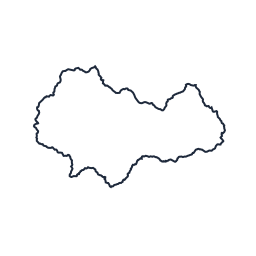 San Miguel, Cajamarca, Peru (Mercator projection), rotated 29°
{"feature_id": "86281439B14604088738254", "entity_name": "San Miguel", "entity_type": "district", "adm_level": 2, "iso_a3": "PER", "parent_name": "Peru", "parent_adm1": "Cajamarca", "projection": "mercator", "projection_center": [-78.987, -6.973], "detail": "fine", "context": "isolated", "style": "outline", "palette": "slate", "viewbox_px": 256, "rotation_deg": 29, "n_neighbors": 0, "source": "geoboundaries", "source_scale": "gbopen_adm2", "svg_char_len": 5793}
<svg xmlns="http://www.w3.org/2000/svg" viewBox="0 0 256 256"><g transform="rotate(29 128 128)"><path d="M58.1,184.7L58.6,184.2L60.0,184.2L61.2,183.5L62.5,184.3L62.9,184.3L65.5,183.6L66.1,184.0L67.8,184.0L70.0,182.9L70.6,182.4L70.8,181.8L71.4,181.5L74.4,182.5L75.3,181.8L75.8,181.7L76.9,182.1L78.1,183.2L78.5,183.3L79.0,183.3L80.7,182.3L82.3,181.7L85.2,183.6L87.1,182.4L88.0,182.1L88.5,180.6L88.9,180.4L89.9,180.3L90.2,180.5L90.5,181.0L91.4,181.2L92.3,182.3L93.4,183.1L94.7,183.5L95.3,184.9L96.2,186.2L97.0,186.9L97.2,187.7L96.9,189.2L97.6,189.5L99.1,190.4L99.3,191.1L99.3,193.6L99.9,195.1L99.6,196.8L99.9,197.6L100.4,198.4L102.0,198.4L102.4,198.2L103.8,196.4L106.4,195.1L106.5,194.7L106.1,193.5L106.4,192.7L107.0,192.5L107.5,192.1L107.4,191.6L107.0,191.0L107.5,190.0L107.4,188.9L107.9,188.4L107.8,188.1L108.1,187.3L109.4,186.2L109.9,183.9L110.9,183.8L111.4,183.4L112.0,182.3L112.1,181.7L113.2,181.7L115.5,180.8L116.8,179.8L117.8,180.0L118.5,179.9L119.0,180.2L119.6,180.2L120.8,181.6L122.9,181.8L123.3,182.3L124.4,183.1L126.3,182.9L127.2,182.5L128.0,182.7L128.5,182.6L128.9,182.9L129.7,183.0L130.7,182.6L131.4,182.0L132.0,182.0L132.4,182.9L132.0,183.6L132.0,183.9L133.5,184.5L134.9,186.4L135.9,186.1L136.6,186.2L137.4,185.7L138.8,186.4L140.4,187.8L141.7,187.9L141.8,187.0L142.5,186.8L143.2,186.2L143.6,184.5L145.3,183.0L145.7,182.3L146.5,181.7L147.1,180.2L148.6,179.4L148.8,178.6L149.4,177.7L149.0,176.6L149.1,175.5L149.6,174.9L150.1,175.0L150.4,174.2L150.4,173.2L151.3,170.5L150.9,169.7L150.9,169.3L150.0,168.5L150.3,167.2L150.9,166.5L150.5,165.1L150.7,162.8L150.6,162.4L150.2,162.2L150.4,161.1L150.4,160.3L150.0,159.3L150.0,158.9L150.2,158.7L150.1,157.8L151.2,157.3L151.7,156.7L151.7,156.2L152.5,155.8L152.5,154.7L152.0,152.4L152.1,152.0L152.1,151.4L152.6,151.1L152.6,150.6L153.3,149.6L153.4,149.0L154.1,148.4L154.9,148.2L154.6,147.7L154.1,147.4L154.3,146.7L154.1,146.2L154.4,145.7L154.9,145.3L155.5,145.3L156.0,145.0L157.0,143.7L158.9,143.2L160.4,143.1L161.5,141.8L163.3,141.3L163.7,140.7L164.5,140.2L165.2,140.2L166.7,140.0L167.2,139.6L167.7,139.7L168.7,139.6L169.2,139.8L170.1,139.7L172.3,140.8L172.8,140.6L174.2,140.8L174.6,140.3L175.4,140.1L175.4,139.7L176.4,139.5L177.1,139.2L176.9,138.5L178.0,138.2L178.1,137.8L179.1,136.9L179.1,136.4L179.3,136.0L180.7,134.8L185.1,134.8L185.6,134.7L186.2,133.7L186.1,133.2L186.5,132.1L186.0,130.7L186.3,130.2L186.3,129.5L186.5,128.6L186.9,128.2L188.7,127.0L190.1,126.8L191.4,125.5L192.5,125.0L194.0,123.0L194.8,122.3L195.4,121.4L196.6,120.3L196.7,120.0L196.6,119.5L196.7,118.4L197.4,118.1L197.5,117.9L197.8,114.2L198.3,113.5L198.7,113.3L199.1,112.6L200.0,111.9L200.9,112.0L201.8,111.4L202.6,111.4L203.2,111.0L207.1,111.4L208.5,110.5L210.0,108.3L212.2,107.3L212.8,105.4L213.3,104.9L214.0,103.6L213.6,101.2L214.0,99.2L214.3,98.8L214.8,98.5L215.7,98.3L216.9,97.6L216.7,97.0L217.0,96.2L217.0,95.4L217.8,93.5L217.6,93.1L215.6,92.2L214.3,91.9L213.6,91.5L213.7,90.8L214.1,89.4L213.0,88.3L212.4,86.9L212.5,86.7L213.5,86.7L214.1,84.8L213.9,83.0L212.3,81.6L211.8,80.7L211.2,80.2L211.1,79.3L210.9,79.0L210.2,78.9L209.1,78.1L208.3,78.2L207.8,78.2L207.4,78.0L206.3,76.7L205.2,76.5L203.8,75.5L201.2,74.8L200.7,74.0L199.1,72.5L198.0,70.5L197.2,70.3L195.3,72.2L194.5,72.4L194.1,72.3L191.1,69.5L190.8,70.3L190.4,70.5L189.8,70.6L189.0,70.4L187.8,69.7L186.2,70.9L184.9,70.7L184.5,70.9L184.2,70.8L183.3,69.9L181.9,69.1L181.1,68.9L180.2,68.0L179.8,66.7L178.9,66.1L178.1,65.9L176.6,65.2L174.2,63.6L173.2,61.5L172.0,60.9L171.3,60.3L168.1,59.6L166.7,58.5L166.5,57.6L165.6,58.0L165.0,59.0L164.4,59.3L162.0,60.0L160.7,59.8L159.3,60.2L158.6,60.7L157.9,61.7L157.7,62.2L158.6,63.1L158.7,63.8L158.3,64.8L158.9,66.5L158.4,69.3L157.0,70.9L156.4,71.9L155.7,72.3L154.9,73.5L154.2,74.1L153.8,74.8L152.9,75.8L151.8,77.8L151.7,78.6L152.3,79.4L152.3,80.1L151.4,80.9L150.7,82.4L149.6,83.3L149.1,83.9L149.8,85.5L149.3,86.5L149.5,88.0L150.6,89.5L150.7,90.1L150.3,92.4L150.5,93.6L150.4,94.3L150.0,95.6L149.3,96.0L148.8,96.1L147.2,95.8L146.3,96.3L145.3,96.5L141.9,96.5L139.8,95.5L138.8,95.6L138.3,95.5L137.5,94.7L136.8,94.6L136.3,94.8L135.3,96.2L134.3,96.5L133.4,96.5L130.9,96.8L129.8,97.4L128.1,99.6L127.0,100.1L125.8,100.4L124.4,100.1L120.4,98.3L119.5,97.8L117.4,96.0L115.2,94.6L112.2,93.9L109.9,94.6L109.3,94.4L108.7,93.8L108.1,93.8L107.0,94.5L106.3,95.7L105.0,96.1L103.8,98.0L103.5,99.2L103.6,101.3L102.0,102.4L100.2,103.2L99.5,102.9L97.0,102.6L95.6,102.2L94.7,101.6L93.2,101.5L92.6,101.2L91.8,101.4L90.8,101.1L89.2,101.0L88.8,101.4L88.0,101.5L87.6,102.0L85.6,101.2L84.4,101.1L84.1,100.2L83.4,99.1L83.3,98.2L82.9,98.2L81.7,99.0L81.1,98.8L80.5,98.4L80.4,97.0L79.4,96.6L79.0,96.3L78.3,96.2L76.5,95.6L75.9,94.3L75.1,93.7L74.7,93.0L73.6,92.1L72.7,91.5L71.8,91.5L71.2,91.1L70.7,91.0L70.3,90.4L69.3,90.0L68.9,91.4L67.2,93.2L66.4,94.8L66.6,95.9L66.2,97.8L64.9,99.3L63.7,99.9L62.9,99.6L60.9,99.8L59.6,99.4L58.8,99.6L58.0,100.2L56.8,99.8L55.4,99.5L53.3,101.4L53.0,102.3L53.3,103.3L52.8,103.9L47.2,105.6L46.1,107.3L45.7,108.4L44.9,108.8L43.4,110.1L43.3,112.5L43.6,114.1L43.4,114.9L43.6,116.1L45.5,118.1L46.0,119.0L46.3,120.0L46.3,121.2L45.2,122.5L44.9,123.1L44.9,124.0L45.3,125.2L45.3,125.4L44.3,127.0L44.7,128.1L44.8,129.4L45.9,131.8L45.8,132.5L45.5,133.1L45.5,133.3L46.0,134.0L47.0,134.8L47.0,135.1L46.7,135.9L44.3,136.7L43.7,138.1L43.7,138.9L41.3,139.8L41.1,141.1L40.5,141.3L40.1,142.2L39.7,144.7L38.2,149.3L39.0,151.4L39.3,152.8L39.2,153.2L38.5,153.9L38.8,154.7L39.6,155.7L39.9,155.9L40.8,156.3L41.7,156.2L42.9,157.6L43.2,159.2L43.0,161.2L43.3,163.2L42.7,164.6L42.7,165.2L43.1,165.7L44.3,166.4L46.7,167.1L47.1,167.4L46.9,167.9L46.0,168.3L44.6,170.5L44.8,171.9L45.8,172.5L47.3,172.5L48.0,172.8L48.6,173.4L50.9,174.3L51.2,175.0L51.4,175.9L50.8,177.1L50.9,177.5L52.0,178.9L52.5,180.2L52.5,180.8L53.7,181.5L53.8,182.3L54.5,183.5L58.1,184.7Z" fill="none" stroke="#1e293b" stroke-width="2"/></g></svg>